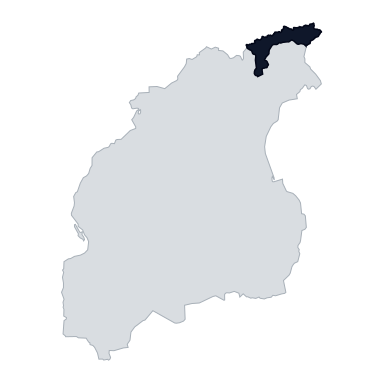 where West Azarbaijan sits in Iran, rotated 89°
{"feature_id": "IRN-3237", "entity_name": "West Azarbaijan", "entity_type": "Province", "adm_level": 1, "iso_a3": "IRN", "parent_name": "Iran", "parent_adm1": "", "projection": "orthographic", "projection_center": [44.982, 37.874], "detail": "fine", "context": "in_parent", "style": "filled", "palette": "ink", "viewbox_px": 384, "rotation_deg": 89, "n_neighbors": 0, "source": "natural_earth", "source_scale": "10m", "svg_char_len": 7965}
<svg xmlns="http://www.w3.org/2000/svg" viewBox="0 0 384 384"><g transform="rotate(89 192 192)"><path d="M180.7,101.3L185.0,101.1L192.7,97.6L193.3,96.9L195.1,91.2L197.6,88.4L202.0,85.0L204.9,83.7L215.6,82.8L216.1,80.5L217.8,79.1L229.4,78.3L231.3,79.8L232.4,82.8L242.4,84.3L244.5,84.9L247.2,86.9L249.2,87.2L251.5,85.8L253.1,86.3L255.6,85.3L263.5,87.5L265.0,90.9L266.6,92.2L268.5,93.4L274.8,95.2L276.8,96.4L282.1,102.1L294.0,99.9L295.0,101.2L295.4,103.9L297.2,110.3L296.7,112.9L298.6,114.7L299.1,118.8L300.2,121.6L299.4,125.8L298.2,126.8L299.5,130.1L298.8,133.7L299.2,135.0L297.7,138.2L297.8,139.3L294.7,142.6L297.9,146.0L294.0,146.9L292.1,151.5L293.6,156.4L293.3,159.0L293.9,160.4L295.1,161.2L300.5,161.2L300.8,161.9L296.2,170.0L296.8,172.8L303.1,186.6L303.5,194.0L305.1,201.4L319.1,201.1L320.9,202.7L322.5,206.7L322.9,209.8L322.7,211.5L310.0,233.2L319.2,241.2L319.8,243.3L325.9,251.6L331.0,255.5L339.1,256.6L343.1,259.4L346.3,258.6L346.7,263.3L349.3,272.8L349.0,277.5L351.9,277.8L356.0,276.3L357.6,276.9L358.7,278.3L357.8,279.4L358.5,283.2L357.5,284.2L357.5,288.0L351.3,289.3L345.6,292.1L343.7,293.8L342.8,296.6L340.8,296.8L340.3,297.9L336.3,300.4L335.8,308.1L334.5,310.1L334.5,320.9L333.6,321.2L331.7,323.4L318.4,322.2L316.8,319.9L315.4,319.7L313.8,322.4L307.1,322.1L304.9,322.9L303.5,322.4L300.0,322.9L297.0,321.8L290.0,324.2L285.4,322.2L280.7,322.1L275.0,323.0L270.1,321.7L267.8,322.8L266.5,321.6L259.4,321.2L256.7,316.8L256.4,314.5L254.3,310.6L253.2,304.7L251.2,300.5L248.0,297.3L239.8,296.2L235.8,297.8L232.9,300.2L228.0,302.0L224.4,306.4L222.1,306.4L213.2,312.9L211.2,313.0L203.9,310.1L200.7,309.7L194.4,310.4L190.7,308.3L189.7,306.6L181.2,303.5L175.8,300.4L174.1,297.2L171.7,295.0L166.6,293.4L163.7,291.5L156.0,291.3L150.3,286.5L150.1,284.7L146.7,279.2L145.9,275.1L145.1,274.0L142.4,272.5L141.9,271.4L142.3,268.7L138.8,267.3L138.2,266.0L138.1,261.9L129.4,252.6L127.5,247.2L125.9,247.1L118.7,251.0L116.5,249.1L110.0,245.9L109.0,244.6L110.6,243.9L112.2,244.5L113.2,243.7L112.8,242.5L111.1,241.9L108.9,242.0L109.6,243.1L107.5,244.2L107.2,245.6L107.8,249.7L107.0,250.9L103.6,251.7L101.5,253.1L99.5,251.7L98.9,248.7L97.6,246.8L95.8,246.2L94.4,244.4L92.1,243.5L91.7,233.1L86.1,233.1L85.9,225.2L88.2,217.4L82.7,210.5L80.2,205.2L78.8,204.2L76.0,204.4L66.7,197.3L63.4,195.5L59.0,195.0L58.5,192.4L59.5,189.6L57.4,185.9L56.7,184.9L54.9,184.4L55.0,182.1L52.7,182.3L48.3,175.9L47.0,175.0L49.4,170.2L47.6,166.2L48.7,162.9L50.9,163.0L51.5,158.6L55.4,154.0L58.9,152.0L59.2,150.6L58.5,148.1L56.2,145.1L56.5,142.5L57.2,141.2L60.8,139.7L61.0,139.1L59.3,138.2L53.0,138.3L49.5,135.2L46.3,134.5L44.3,127.7L43.8,126.9L42.3,126.6L41.3,125.4L40.8,120.9L38.6,118.9L36.7,112.2L36.6,110.6L37.2,109.1L33.7,106.2L33.3,101.8L34.0,100.8L30.0,97.6L28.3,97.4L28.1,96.8L30.8,90.0L31.9,88.4L29.5,87.3L29.5,83.9L28.9,81.1L29.2,78.4L27.6,76.4L27.2,75.2L27.8,72.2L26.3,70.8L25.5,67.6L31.1,66.8L32.1,61.9L34.1,59.9L37.7,62.3L42.6,70.1L45.6,72.4L47.9,75.0L58.6,77.7L60.8,76.8L64.5,76.9L69.0,71.9L71.1,71.3L76.3,66.3L82.8,61.7L86.2,60.8L91.4,66.3L88.6,68.2L88.2,69.6L88.6,70.9L90.9,72.3L91.2,73.9L90.5,74.7L87.6,75.7L86.8,77.3L90.1,79.8L91.7,81.9L93.5,82.4L96.3,85.8L100.6,85.1L101.8,93.4L104.6,100.2L109.3,103.0L121.3,104.6L122.7,105.8L124.9,109.5L128.1,112.0L137.7,116.8L148.0,118.6L154.8,118.0L179.2,109.7L181.5,109.5L177.9,111.4L179.4,111.9L182.5,111.6L183.2,111.0L183.2,109.9L180.7,101.3ZM237.4,301.9L236.0,304.5L233.7,306.7L231.8,306.3L224.7,310.1L222.7,310.1L222.3,309.2L230.2,304.9L230.5,304.0L229.9,302.3L232.6,302.8L235.3,301.0L237.7,300.3L239.0,301.2L237.4,301.9Z" fill="#d9dde1" stroke="#a8b0b8" stroke-width="1"/><path d="M34.2,59.8L34.4,60.0L34.8,60.6L35.0,60.9L36.0,61.3L36.3,61.6L37.5,62.5L37.8,62.6L38.1,62.7L38.5,62.8L38.4,62.8L38.7,63.1L38.9,63.6L39.4,65.5L39.5,65.9L39.9,66.2L39.7,66.4L39.8,66.5L40.2,66.8L40.3,66.8L40.5,66.9L40.6,67.0L41.2,67.5L41.3,67.6L41.5,67.9L41.7,68.1L41.8,68.2L41.9,68.4L42.2,69.0L42.3,69.2L42.4,69.4L42.5,69.6L42.7,70.6L42.8,70.9L43.2,70.8L44.8,71.3L45.0,71.2L45.3,71.3L45.2,71.5L45.4,71.7L45.6,71.8L45.8,71.9L45.9,72.1L45.8,72.4L45.9,72.6L46.0,72.7L46.2,72.8L46.3,73.0L46.5,73.5L46.7,73.8L47.1,74.0L47.1,74.3L47.1,74.5L47.0,74.9L47.2,75.1L47.6,75.3L47.9,75.5L48.1,75.5L46.3,77.4L46.0,78.3L45.5,80.4L45.7,81.5L46.1,82.6L46.1,83.5L45.6,84.6L42.9,87.4L42.0,88.9L41.8,89.7L42.1,90.4L43.0,91.7L43.2,92.0L43.4,92.3L43.5,92.4L43.6,92.8L43.6,93.0L43.5,93.9L44.0,99.2L44.4,99.6L44.4,99.8L44.6,101.1L44.4,101.3L44.2,101.4L44.2,101.6L44.3,101.9L44.5,102.3L44.6,102.7L45.7,103.9L46.0,104.9L45.9,107.3L46.1,108.4L46.7,109.3L51.3,112.3L53.4,112.6L55.1,112.7L57.3,114.6L57.6,115.2L59.6,116.3L60.3,116.9L61.0,117.2L61.5,116.9L61.7,116.4L61.8,116.3L62.0,115.7L62.5,115.0L63.5,114.4L64.2,114.2L64.6,114.3L65.0,113.8L65.7,113.4L66.4,113.5L67.0,114.0L67.6,114.4L68.4,114.6L68.9,115.0L69.0,115.4L68.8,115.7L69.4,117.5L69.5,118.8L70.0,119.7L71.6,119.8L75.4,119.3L77.7,124.2L77.3,124.3L76.8,124.6L76.8,125.0L76.9,125.4L76.8,125.7L76.6,126.2L75.9,127.0L74.7,127.6L72.9,127.5L71.2,127.0L70.6,126.6L70.3,126.3L70.0,126.1L69.8,125.8L69.7,125.5L69.5,125.4L61.2,126.3L57.2,125.8L55.8,126.3L55.4,126.8L55.4,127.8L54.7,128.9L52.1,129.8L51.6,130.3L51.4,130.7L51.1,131.0L50.8,132.0L50.0,133.0L49.7,133.7L49.1,134.3L48.5,134.6L48.2,134.5L47.7,134.5L47.2,134.8L46.9,134.9L46.6,135.1L46.2,135.2L45.9,135.2L45.6,134.9L45.5,134.6L45.6,134.1L45.8,133.7L46.0,133.4L46.1,133.0L45.8,132.6L45.3,132.0L45.3,131.6L45.3,130.6L45.2,130.3L45.0,130.0L44.7,129.8L44.6,129.6L45.0,129.3L44.7,128.9L44.6,128.6L44.5,127.7L44.5,127.3L44.3,126.8L44.0,126.4L43.6,126.4L42.7,126.7L42.2,126.8L41.8,126.6L41.6,126.4L41.6,126.2L41.5,125.7L41.3,125.5L41.2,125.4L41.1,125.2L40.9,124.7L40.6,124.5L40.3,124.2L40.4,123.9L40.6,123.7L40.7,123.3L40.9,122.6L41.2,121.9L41.2,121.5L41.0,121.1L40.6,120.4L40.4,120.0L40.1,119.9L39.9,119.9L39.7,119.8L39.6,119.7L39.4,119.5L39.2,119.4L38.5,119.3L38.1,119.3L37.8,119.0L37.7,118.7L37.8,118.2L38.4,117.5L38.6,117.2L38.7,116.7L38.6,116.2L38.5,115.9L38.4,115.6L38.5,115.0L38.6,114.8L38.7,114.6L38.6,114.4L38.2,114.2L37.9,114.0L37.5,114.1L37.3,114.0L37.2,113.9L37.2,113.6L37.0,113.4L36.9,113.4L36.7,113.2L36.5,112.8L36.5,112.7L36.8,112.1L36.9,111.7L36.8,111.4L36.6,111.0L36.6,110.6L36.7,110.3L36.9,110.1L37.1,110.0L37.3,109.7L37.3,109.1L37.0,108.7L36.1,108.1L35.9,107.8L35.8,107.5L35.7,107.3L35.1,107.4L34.7,106.7L33.9,106.5L33.7,106.3L33.6,106.0L33.8,105.4L33.8,105.1L33.7,104.7L33.7,104.2L33.8,103.7L34.0,103.3L33.9,103.0L33.5,102.7L33.2,102.3L33.3,101.7L34.0,101.1L34.1,100.8L34.1,100.7L33.5,100.0L33.1,99.6L32.7,99.4L32.3,99.5L32.1,99.6L31.8,99.7L31.6,99.6L31.5,99.4L31.6,99.0L31.6,98.9L31.4,98.8L31.2,98.8L30.9,98.6L30.8,98.3L30.8,98.1L30.7,97.9L30.0,97.5L29.8,97.4L28.8,97.6L28.2,97.5L27.9,97.0L28.0,96.9L28.2,96.6L28.3,96.4L28.3,96.1L28.2,95.9L28.3,95.6L28.4,95.4L28.5,95.1L28.6,94.8L29.0,94.4L29.2,94.1L29.3,93.7L29.4,93.4L29.7,93.3L30.0,93.1L29.9,92.6L30.1,92.3L30.3,92.2L30.5,92.1L30.6,91.8L30.7,91.4L30.7,91.0L30.7,90.1L31.1,89.6L31.7,89.1L32.0,88.6L32.0,88.3L31.9,88.0L31.7,87.7L31.3,87.4L31.1,87.5L30.5,87.8L29.8,87.6L29.5,87.5L29.4,87.4L29.3,87.2L29.4,86.9L29.4,86.7L29.4,86.2L29.6,85.2L29.6,84.8L29.5,83.8L29.5,83.0L29.5,82.6L29.4,82.3L29.3,82.2L29.2,82.1L28.9,82.0L28.7,81.9L28.8,81.8L28.9,81.6L29.0,81.5L28.9,81.1L28.8,80.9L28.8,80.7L28.9,80.3L29.3,78.8L29.2,78.2L28.4,77.8L28.2,77.6L28.0,77.3L27.8,76.8L27.7,76.7L27.7,76.4L27.7,76.2L27.4,76.0L27.4,75.8L27.3,75.5L27.2,75.4L27.2,75.2L27.4,74.9L27.6,74.7L27.8,74.4L27.6,73.6L27.7,73.3L28.0,72.7L27.9,72.2L27.3,71.8L26.6,71.4L26.3,71.1L26.2,71.0L26.3,70.6L26.3,70.4L26.2,70.0L26.1,69.9L26.1,69.7L26.1,69.4L26.0,69.0L25.9,68.6L25.8,68.4L25.4,67.9L25.3,67.7L25.5,67.4L25.8,67.2L26.0,67.2L26.3,67.1L26.6,67.2L27.0,67.2L27.8,66.9L28.2,67.0L29.2,67.5L29.6,67.6L30.0,67.5L30.8,67.1L31.1,66.9L31.3,66.5L31.3,66.2L31.3,65.8L31.4,65.3L31.5,65.1L31.5,64.9L31.5,64.6L31.4,64.3L31.5,64.0L31.5,63.7L32.1,62.7L32.2,62.4L32.2,62.2L32.1,61.5L32.2,61.3L33.8,59.9L34.2,59.8Z" fill="#0f172a" stroke="#020617" stroke-width="1.5"/></g></svg>